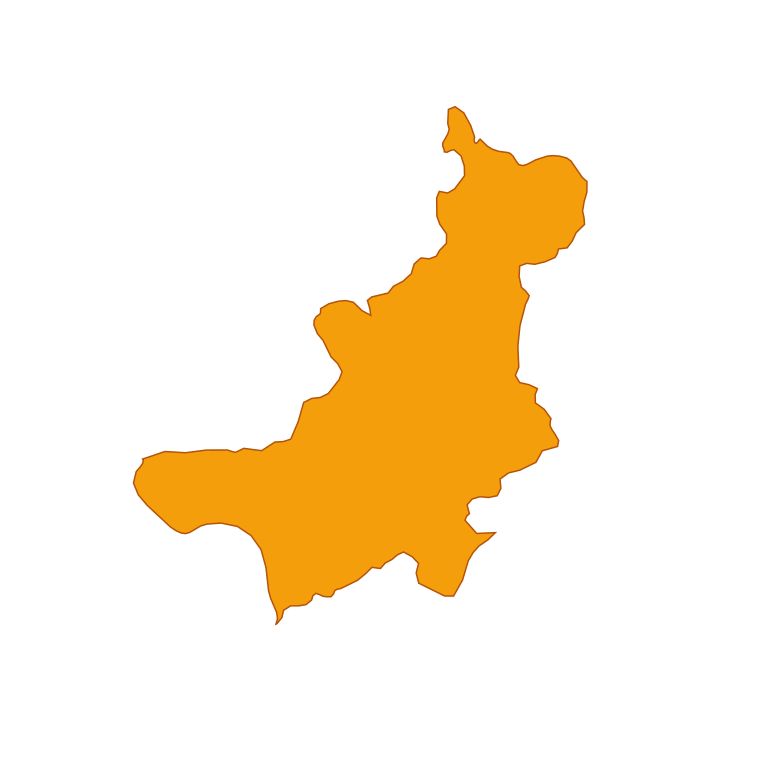 the Province of Saravan, rotated 335°
{"feature_id": "LAO-3281", "entity_name": "Saravan", "entity_type": "Province", "adm_level": 1, "iso_a3": "LAO", "parent_name": "Laos", "parent_adm1": "", "projection": "natural_earth1", "projection_center": [106.351, 15.91], "detail": "fine", "context": "isolated", "style": "filled", "palette": "amber", "viewbox_px": 768, "rotation_deg": 335, "n_neighbors": 0, "source": "natural_earth", "source_scale": "10m", "svg_char_len": 2799}
<svg xmlns="http://www.w3.org/2000/svg" viewBox="0 0 768 768"><g transform="rotate(335 384 384)"><path d="M145.3,436.4L140.9,435.7L137.2,433.3L133.4,428.9L130.0,423.2L118.1,393.9L114.5,380.6L115.1,367.9L122.4,358.7L128.7,355.8L132.0,353.7L133.7,351.1L133.5,350.0L156.9,352.6L175.0,362.4L195.1,368.8L214.3,377.7L217.3,380.6L220.5,383.2L229.8,383.1L244.9,392.7L260.7,390.5L268.3,393.6L276.2,394.6L290.2,382.0L303.4,366.8L312.1,366.5L320.7,369.3L329.5,369.1L345.2,361.1L351.2,355.1L350.7,346.1L347.5,337.1L347.2,318.8L344.9,310.1L345.4,300.9L347.6,296.8L351.0,294.4L356.1,293.3L357.4,291.0L358.4,288.9L368.0,288.0L377.6,289.7L384.8,292.3L390.8,297.0L395.0,308.1L401.0,316.2L403.0,309.7L404.3,301.2L409.7,299.9L426.2,303.3L433.9,299.4L444.7,298.9L455.3,295.6L462.2,287.9L470.8,285.4L478.0,289.7L485.4,290.3L490.8,286.4L500.0,282.9L504.1,274.5L502.1,262.8L502.9,254.2L510.4,237.6L515.5,232.8L522.4,237.8L530.3,237.1L545.0,229.3L548.9,220.4L550.2,209.7L546.3,201.1L542.7,200.5L538.8,200.6L536.8,199.0L537.1,198.8L537.6,196.1L537.7,193.3L539.1,190.4L547.3,184.5L550.7,180.8L551.9,174.8L558.4,162.4L565.6,162.7L570.9,172.0L571.8,186.4L570.5,198.2L570.1,199.2L569.1,200.3L568.4,201.9L568.4,203.9L569.6,204.9L571.7,204.1L573.6,202.9L574.6,202.7L578.3,212.4L581.2,216.8L586.4,221.7L593.8,226.4L595.8,228.3L597.2,231.9L598.3,239.9L599.0,242.3L602.3,244.8L606.2,245.4L616.6,245.0L628.4,246.5L632.8,248.1L633.6,248.4L639.3,251.6L645.1,256.4L647.7,261.0L650.9,280.1L652.7,284.7L653.5,285.9L653.5,286.0L653.3,286.8L648.8,296.1L642.7,303.0L637.1,311.1L635.5,318.0L633.2,324.1L622.2,328.0L615.0,334.0L607.5,338.0L599.1,335.4L596.4,338.9L592.5,341.6L581.6,341.3L571.2,339.2L564.4,335.0L556.9,334.3L551.9,343.6L549.4,354.5L551.7,359.7L552.9,365.4L549.8,368.5L546.0,371.5L531.9,388.6L521.3,406.3L513.3,425.6L506.7,431.7L507.5,440.0L515.1,445.9L521.1,453.1L516.5,457.5L513.2,465.1L518.5,474.6L520.7,486.0L519.0,488.0L516.9,491.9L516.9,496.5L517.7,501.0L518.4,509.1L514.9,514.0L499.3,511.4L488.6,519.2L470.6,519.5L459.3,517.2L449.0,519.2L445.8,528.0L439.4,533.1L430.9,531.1L423.3,526.7L415.3,525.5L408.2,528.7L406.6,537.6L403.1,538.7L399.8,541.6L404.8,558.6L422.1,565.8L412.5,569.1L401.7,570.9L393.4,574.5L385.6,579.9L372.3,594.9L357.4,605.6L349.3,601.7L331.3,579.2L333.3,568.9L339.5,561.2L336.6,552.5L330.7,544.5L323.9,544.5L317.0,546.4L309.7,546.7L302.8,549.7L295.6,545.1L287.5,548.0L277.2,550.7L258.1,551.1L255.4,550.3L252.2,550.4L249.4,553.0L246.1,554.4L242.5,552.8L239.0,550.6L236.4,547.5L233.7,544.9L229.9,546.0L227.1,549.2L220.0,551.0L212.9,549.0L205.6,545.6L197.4,546.6L192.8,552.5L185.7,556.0L184.6,556.0L188.3,551.8L190.2,545.4L190.7,530.3L192.0,522.6L199.5,500.4L202.6,482.1L199.5,465.2L191.0,451.2L177.6,441.2L164.5,436.2L157.8,435.2L145.3,436.4Z" fill="#f59e0b" stroke="#b45309" stroke-width="1.5"/></g></svg>